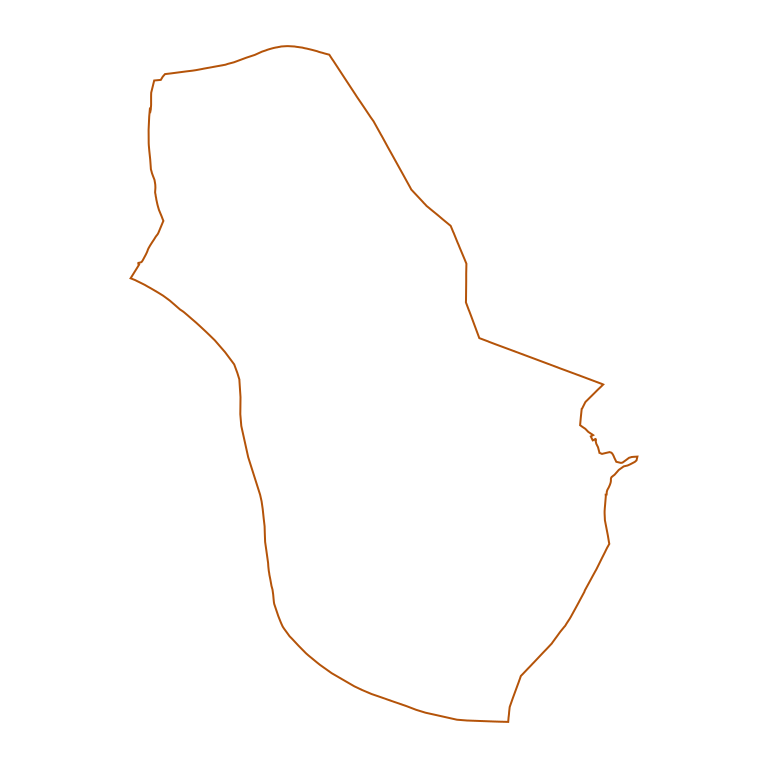 Mook en Middelaar, Limburg, Netherlands (Albers equal-area conic projection)
{"feature_id": "6326949B78257423929264", "entity_name": "Mook en Middelaar", "entity_type": "district", "adm_level": 2, "iso_a3": "NLD", "parent_name": "Netherlands", "parent_adm1": "Limburg", "projection": "albers", "projection_center": [5.901, 51.748], "detail": "fine", "context": "isolated", "style": "outline", "palette": "amber", "viewbox_px": 768, "rotation_deg": 0, "n_neighbors": 0, "source": "geoboundaries", "source_scale": "gbopen_adm2", "svg_char_len": 5400}
<svg xmlns="http://www.w3.org/2000/svg" viewBox="0 0 768 768"><path d="M130.6,278.3L130.9,278.4L133.9,279.6L135.4,280.2L136.5,280.8L139.4,282.2L144.8,284.9L147.9,286.7L150.1,287.9L157.8,292.4L163.0,295.6L169.8,300.6L177.4,307.2L178.8,308.4L179.9,309.4L182.9,311.4L184.2,312.4L187.5,315.2L191.4,318.6L196.4,322.9L200.0,326.2L202.7,328.7L204.2,330.1L205.6,331.4L211.3,336.9L214.8,340.3L220.5,346.9L225.1,352.2L234.2,364.4L236.0,369.3L237.3,372.8L239.4,379.6L239.4,380.4L240.5,397.1L240.4,406.6L240.3,414.2L241.3,426.0L248.2,457.2L260.1,494.7L261.6,501.4L262.7,509.0L263.7,518.5L264.6,526.3L264.8,533.3L265.1,541.2L265.1,541.8L266.3,550.1L268.1,563.0L268.3,566.3L268.8,571.0L269.2,573.2L269.4,574.8L270.3,579.3L271.5,586.0L272.5,589.6L273.2,594.7L273.6,599.2L273.9,602.1L274.2,603.9L278.3,616.1L278.5,616.6L280.6,621.9L281.5,624.0L282.1,625.3L282.7,626.6L284.0,628.6L287.0,632.7L289.6,636.3L291.8,638.5L298.7,645.9L306.0,653.3L308.5,655.5L316.9,662.4L319.9,664.8L331.7,673.2L354.3,686.3L362.3,690.1L371.5,694.0L379.7,696.8L391.6,701.0L406.7,706.2L416.1,709.8L425.5,712.7L436.8,715.2L456.9,719.7L466.9,720.5L493.7,721.5L500.3,721.7L508.2,721.9L508.6,717.1L508.7,716.5L509.0,713.9L509.1,712.3L509.7,707.0L509.8,706.7L512.9,697.9L518.0,684.0L518.5,682.7L519.5,679.8L519.8,679.1L520.7,676.4L520.9,675.9L522.9,673.9L524.4,672.3L524.6,672.1L528.4,668.1L529.3,667.2L531.5,664.9L532.6,663.7L533.6,662.7L535.3,660.9L540.2,655.7L543.6,652.1L546.7,648.9L551.4,643.9L551.5,643.8L551.8,643.5L552.3,642.7L553.7,640.8L553.8,640.6L554.6,639.6L554.9,639.1L556.4,637.1L559.8,632.4L560.4,631.6L564.4,626.7L565.0,626.1L565.4,625.5L566.4,623.8L569.0,619.8L569.8,618.6L570.3,617.7L570.8,616.9L571.0,616.5L576.0,607.4L579.1,601.7L579.6,600.7L584.4,591.8L584.8,590.5L589.5,581.9L592.8,575.8L595.5,570.9L596.2,569.7L598.7,564.7L601.8,558.4L605.4,551.3L605.6,550.8L607.1,547.8L609.3,543.9L609.0,542.4L607.9,535.7L604.9,520.2L604.8,517.6L604.6,513.4L604.6,512.1L604.6,511.6L604.6,511.2L604.8,508.2L605.1,504.8L605.8,496.4L605.7,494.7L606.0,494.7L606.6,494.6L606.8,491.7L607.4,489.8L608.7,487.5L609.9,484.8L610.6,482.7L610.9,481.0L610.9,478.9L611.2,477.7L611.5,477.2L611.8,476.8L612.1,476.7L612.6,476.3L613.1,475.8L613.5,475.5L613.9,475.3L614.2,475.0L614.6,474.7L618.8,469.9L623.7,466.4L626.2,465.8L627.2,465.6L628.3,465.2L630.6,464.1L634.8,461.9L636.5,460.4L637.4,456.6L634.1,456.8L631.7,457.0L630.4,457.4L629.0,457.8L626.4,459.8L622.5,462.6L620.9,462.9L616.3,461.8L614.5,458.1L613.3,455.3L612.2,453.5L612.0,453.3L611.2,452.6L610.4,452.4L609.6,452.1L605.7,453.0L602.0,453.9L599.4,452.8L599.4,452.7L599.3,452.1L598.0,447.2L596.3,443.8L595.5,440.4L595.9,440.3L595.9,439.2L596.3,438.8L594.9,439.2L594.1,439.7L592.8,440.4L592.6,440.1L590.8,436.4L593.1,435.1L588.3,431.9L585.3,428.8L582.6,427.0L580.1,425.2L580.8,417.5L581.7,408.9L582.1,408.6L584.9,403.0L585.5,401.9L593.1,394.4L597.7,389.8L602.0,385.7L603.2,384.5L602.3,384.1L581.8,376.4L564.8,370.1L559.6,368.2L559.4,368.1L544.5,362.5L539.4,360.6L533.8,358.5L526.8,355.9L506.4,348.3L495.3,344.2L488.7,341.7L487.9,341.3L487.0,341.0L485.7,340.5L479.3,338.1L471.0,315.7L469.1,310.7L468.9,310.3L465.9,302.3L466.0,300.2L466.2,281.4L466.2,280.1L466.2,273.6L466.3,269.1L466.4,263.7L464.4,258.8L459.6,247.4L458.4,244.4L457.8,243.1L456.9,240.9L453.5,232.5L453.3,232.2L452.2,229.5L450.7,225.9L442.1,218.8L438.6,215.8L434.2,212.2L429.8,208.6L429.6,208.4L426.4,205.8L426.1,205.4L425.0,204.2L424.4,203.6L424.2,203.4L423.8,203.0L423.5,202.7L423.4,202.5L420.6,199.5L417.5,196.2L411.5,189.8L411.3,189.6L410.1,187.3L406.5,180.8L403.1,174.6L400.2,169.4L394.6,159.3L392.0,154.6L387.7,146.9L386.9,145.4L381.6,135.7L380.8,134.4L380.1,133.0L379.9,132.7L377.5,128.4L374.5,123.0L374.0,122.1L373.8,121.7L373.7,121.5L370.5,117.0L363.9,107.1L357.5,97.7L356.9,96.8L356.7,96.5L356.6,96.4L356.2,95.7L345.1,78.8L333.2,60.6L332.7,59.9L332.4,59.5L331.3,57.8L330.9,57.2L329.3,54.7L324.7,53.5L321.7,52.6L321.1,52.5L318.7,51.8L317.1,51.2L314.8,50.6L311.8,49.8L308.4,49.0L306.8,48.6L305.1,48.3L304.6,48.2L302.3,47.6L299.9,47.3L298.6,47.1L296.3,46.8L294.6,46.5L292.9,46.4L287.5,46.1L284.1,46.3L281.0,46.5L280.7,46.6L279.5,46.9L279.1,46.9L276.8,47.4L276.4,47.4L274.0,47.9L271.7,48.5L270.3,48.9L268.2,49.5L267.4,49.8L267.0,49.9L265.8,50.4L262.1,51.6L254.8,54.9L246.3,57.7L233.9,62.3L227.8,63.9L225.5,64.7L203.5,68.7L202.1,69.0L195.6,70.2L192.2,70.7L186.3,71.4L171.0,73.4L165.0,74.1L162.8,76.6L160.8,79.9L156.4,80.3L154.2,80.5L151.2,92.7L151.1,95.9L151.1,97.5L151.1,98.0L151.1,98.4L151.1,98.8L151.1,100.2L151.1,102.6L151.1,104.3L151.1,105.0L151.0,106.2L151.0,106.7L150.9,107.3L150.8,109.3L150.7,109.8L150.0,107.6L149.2,116.7L149.1,118.8L148.6,129.9L148.7,143.2L148.8,145.2L149.3,150.9L150.2,159.4L150.7,166.3L150.9,169.3L151.6,171.7L151.9,173.0L153.1,176.3L153.8,178.1L154.5,179.9L155.1,183.5L155.3,184.9L155.4,187.8L155.1,192.4L155.4,194.1L155.6,194.9L155.7,196.1L155.9,196.9L156.2,198.4L156.2,198.9L157.4,204.4L157.9,206.3L158.8,209.4L158.9,209.8L159.9,212.2L161.6,216.3L162.5,218.7L163.4,220.9L162.9,222.0L159.2,230.9L158.5,232.6L158.0,233.6L157.6,234.3L156.9,235.2L156.4,235.8L155.6,236.9L154.0,239.5L152.2,242.2L150.1,245.5L149.3,246.9L148.4,248.5L147.8,249.9L147.3,251.4L146.5,253.2L145.6,255.0L144.2,257.6L142.8,260.2L142.1,261.3L141.8,261.7L141.5,262.0L140.9,262.3L139.9,262.6L139.0,262.8L138.4,262.9L138.3,263.6L138.3,263.9L139.1,264.6L137.4,267.4L130.6,278.3Z" fill="none" stroke="#b45309" stroke-width="2"/></svg>